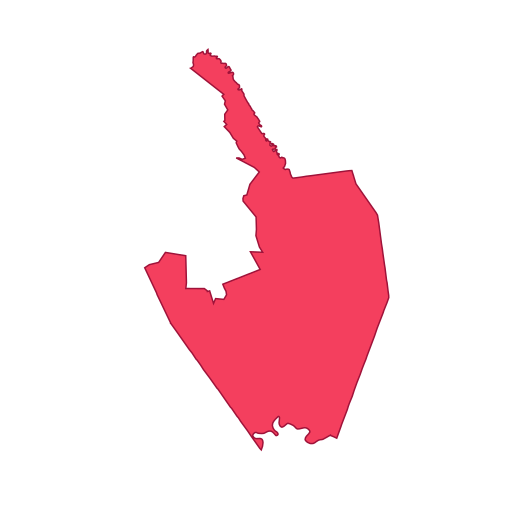 Chisec, Alta Verapaz, Guatemala (Albers equal-area conic projection), rotated 227°
{"feature_id": "79465075B86099287791236", "entity_name": "Chisec", "entity_type": "district", "adm_level": 2, "iso_a3": "GTM", "parent_name": "Guatemala", "parent_adm1": "Alta Verapaz", "projection": "albers", "projection_center": [-90.202, 15.889], "detail": "fine", "context": "isolated", "style": "filled", "palette": "rose", "viewbox_px": 512, "rotation_deg": 227, "n_neighbors": 0, "source": "geoboundaries", "source_scale": "gbopen_adm2", "svg_char_len": 6129}
<svg xmlns="http://www.w3.org/2000/svg" viewBox="0 0 512 512"><g transform="rotate(227 256 256)"><path d="M323.3,166.6L297.1,158.2L295.1,157.3L265.5,148.0L265.1,147.6L264.7,147.7L255.3,146.5L233.0,143.4L228.7,143.1L221.3,141.8L220.0,141.9L213.9,141.1L208.7,140.1L198.3,139.0L185.8,137.3L184.7,137.4L162.7,134.2L161.4,134.3L151.6,132.8L149.7,132.8L145.5,132.0L133.8,130.6L127.5,129.6L112.7,127.6L110.6,127.6L112.4,131.0L114.7,133.8L116.1,134.8L116.8,135.1L117.4,135.3L118.3,135.3L119.2,134.9L119.8,134.5L122.3,131.6L123.3,131.0L124.4,130.7L126.1,130.8L126.5,130.9L126.9,131.2L127.4,131.9L127.6,132.4L127.7,133.6L127.7,134.6L127.5,135.0L126.7,135.9L125.4,136.4L124.3,137.2L122.5,138.9L121.8,139.7L121.0,140.8L120.7,141.5L120.0,144.1L119.4,145.6L118.4,146.9L117.5,147.6L116.9,147.8L115.9,148.1L114.3,148.2L111.2,148.1L110.7,148.5L110.4,149.3L110.4,150.2L110.6,150.5L111.1,150.9L111.7,151.1L113.0,151.2L115.1,150.7L116.5,150.7L118.3,151.1L119.3,151.5L120.9,152.4L122.0,153.8L122.5,154.6L123.0,156.3L123.2,157.2L123.4,158.9L123.5,162.7L123.2,163.2L122.6,163.3L121.8,163.0L120.9,162.1L118.3,159.1L116.9,158.2L115.3,157.7L114.1,157.8L113.6,157.9L113.2,158.2L112.8,158.9L112.4,160.5L112.2,164.4L112.0,164.9L111.8,165.3L110.8,165.9L109.8,166.5L106.7,167.7L105.0,167.9L102.9,167.9L102.1,168.0L101.3,168.3L100.7,169.0L100.1,169.7L97.5,174.2L96.3,175.3L95.3,175.8L94.2,176.1L92.5,176.2L91.7,176.1L90.9,175.7L90.5,175.3L90.0,173.2L89.8,170.0L89.6,169.2L89.3,168.2L88.4,166.9L88.0,166.6L87.2,166.4L86.0,166.4L84.6,166.6L82.2,167.6L81.4,168.2L80.0,169.8L79.5,171.1L79.3,172.0L79.2,173.3L78.7,176.0L77.9,177.6L76.9,178.9L76.3,179.9L75.1,184.7L74.8,186.1L74.2,188.3L73.9,188.1L71.2,189.4L67.7,190.8L73.4,201.9L74.4,203.7L81.4,218.0L83.1,220.9L84.7,224.0L87.7,230.6L90.9,236.3L94.7,243.7L98.3,251.3L101.5,257.4L103.8,262.2L105.5,265.9L107.3,269.2L116.6,288.0L120.6,295.4L127.8,310.3L129.0,312.4L132.5,319.9L135.0,324.7L136.7,326.2L140.6,328.9L145.5,332.5L147.0,333.6L149.2,334.9L159.4,342.3L162.1,344.1L172.1,351.1L175.0,353.2L179.2,356.0L196.4,368.3L203.0,372.7L205.6,373.3L240.6,378.3L247.2,381.5L248.1,382.0L250.9,383.3L253.1,384.4L254.3,383.0L256.8,379.7L277.2,351.0L280.0,347.2L282.1,344.0L286.0,338.5L287.7,336.2L288.4,336.0L289.6,336.0L290.7,336.5L292.3,337.0L294.1,338.1L296.6,339.2L297.2,339.0L298.1,338.3L298.9,337.2L299.3,336.3L301.5,335.8L301.8,336.0L301.9,336.3L301.9,337.2L302.0,337.9L303.6,340.8L305.6,342.5L306.8,343.2L307.3,343.4L307.8,343.5L308.4,343.4L308.9,343.2L309.7,342.4L310.6,342.3L310.9,341.1L311.0,340.8L311.4,340.6L311.9,340.4L312.4,340.4L313.8,340.9L314.3,340.8L314.7,341.1L314.4,342.0L314.8,342.5L315.2,342.5L315.5,342.4L315.6,341.2L315.8,340.9L316.3,341.1L316.8,341.7L318.0,342.0L318.4,342.2L318.7,342.6L319.2,343.7L319.7,343.9L320.0,343.6L320.1,340.6L320.4,340.1L320.9,340.1L322.2,340.4L322.6,340.5L322.7,341.0L321.3,342.9L321.7,343.8L322.3,344.6L322.1,345.0L321.8,345.3L322.2,345.7L322.6,345.8L323.2,345.6L323.8,345.1L324.3,344.3L324.8,344.4L325.5,345.0L325.9,345.1L327.5,344.4L327.7,344.1L327.5,343.8L325.7,343.6L325.6,343.0L325.7,342.4L326.0,342.1L326.4,341.9L327.4,341.7L327.9,342.0L328.6,343.0L329.0,343.1L329.3,343.5L329.6,344.4L330.1,344.3L330.7,343.9L331.2,343.6L332.2,343.5L332.6,343.7L333.1,344.0L333.6,344.2L334.0,343.9L333.0,342.7L332.9,342.2L333.4,342.0L333.9,342.0L334.3,342.2L335.0,343.1L335.3,343.2L337.6,343.3L338.4,343.5L338.7,343.8L338.9,344.2L339.0,344.8L339.3,345.4L339.8,345.5L340.2,345.3L340.6,344.9L341.3,343.9L342.0,343.8L349.2,345.0L349.5,345.1L349.7,345.4L349.7,346.4L349.4,346.7L347.3,347.7L346.9,347.9L346.9,348.4L347.2,348.6L347.6,348.8L348.1,348.7L349.0,348.4L351.0,348.5L351.5,348.7L351.7,349.3L351.7,350.2L352.0,350.6L353.3,350.8L354.2,351.1L355.8,351.2L356.6,351.5L358.1,351.3L360.0,351.0L360.7,351.1L361.2,351.3L361.4,351.7L361.5,352.6L361.8,352.8L362.8,352.8L364.2,352.9L365.7,352.7L366.7,353.2L367.2,353.3L368.0,353.3L369.2,353.8L371.4,354.0L371.9,354.1L372.2,354.4L372.7,354.6L373.7,354.5L378.1,355.6L381.1,356.4L381.5,356.6L382.6,357.6L383.5,357.8L386.5,358.3L387.8,359.5L388.2,359.4L388.5,357.5L389.3,356.7L389.7,356.4L390.1,356.4L390.4,356.7L390.3,358.3L390.5,358.9L391.9,360.1L392.6,360.3L393.1,360.3L394.3,359.7L396.2,359.8L397.5,359.6L399.8,359.7L400.4,359.8L401.6,360.4L402.8,361.4L403.3,361.5L403.9,361.7L403.9,362.6L404.0,363.1L404.4,363.7L404.9,364.1L405.5,364.3L405.9,364.3L406.4,364.1L407.3,362.6L408.1,360.9L408.3,360.6L408.8,360.5L409.2,360.9L409.2,361.6L408.8,363.1L408.7,364.1L409.0,364.5L409.5,364.7L410.4,364.8L412.4,365.4L413.1,365.3L413.3,365.0L413.5,364.6L413.5,363.4L413.7,362.2L414.1,361.9L414.7,361.9L415.0,362.1L415.3,362.5L415.3,364.2L415.7,364.6L416.7,365.1L417.1,365.2L417.7,365.0L418.1,364.7L418.6,363.9L419.8,363.0L420.5,362.2L420.9,362.0L421.4,362.1L422.1,363.1L422.5,363.4L423.7,363.7L425.4,363.6L425.9,363.2L426.5,362.3L426.9,361.9L427.4,361.8L427.9,362.0L428.0,363.4L428.3,363.8L428.7,363.7L429.6,362.6L430.0,362.4L430.6,362.0L432.2,360.0L432.6,359.8L433.9,359.4L434.4,359.6L434.5,360.1L434.6,361.0L435.0,361.2L435.5,361.0L436.2,359.8L436.7,359.5L437.2,359.5L439.2,361.3L439.8,361.7L439.8,360.4L439.7,359.8L439.4,359.4L438.2,358.2L438.0,357.6L438.0,357.0L438.5,356.3L438.9,356.0L439.5,355.8L441.4,356.5L441.9,356.3L442.6,353.4L443.7,351.9L443.9,351.5L443.6,349.0L443.3,348.2L443.3,347.2L443.4,346.8L443.7,346.5L444.1,346.3L444.3,346.1L444.1,345.6L441.6,343.2L440.3,341.7L439.0,341.2L437.9,340.2L437.4,339.3L437.7,336.6L437.9,336.2L396.2,342.7L396.1,340.2L390.4,339.4L388.5,336.5L382.1,335.0L381.0,329.8L376.4,325.7L376.4,324.3L372.2,324.3L372.3,321.0L364.2,321.1L357.5,319.7L353.1,320.3L352.3,318.7L348.0,317.3L345.7,316.7L342.5,316.7L338.2,316.2L334.8,314.9L336.1,311.8L339.2,310.5L341.2,308.4L321.9,315.2L315.2,315.7L312.6,300.5L306.9,290.9L308.4,288.2L306.9,285.6L304.9,284.0L284.5,282.7L275.1,274.4L270.9,269.8L260.2,264.6L254.2,263.4L262.9,254.8L243.3,249.9L258.0,212.5L254.2,211.0L250.6,210.0L247.7,208.0L246.2,202.9L252.4,197.4L250.3,192.6L262.1,198.3L263.2,196.2L263.8,196.6L267.4,196.0L280.1,182.5L283.8,186.8L304.1,204.8L320.4,192.2L317.7,180.4L322.4,172.1L323.3,166.6Z" fill="#f43f5e" stroke="#9f1239" stroke-width="1.5"/></g></svg>